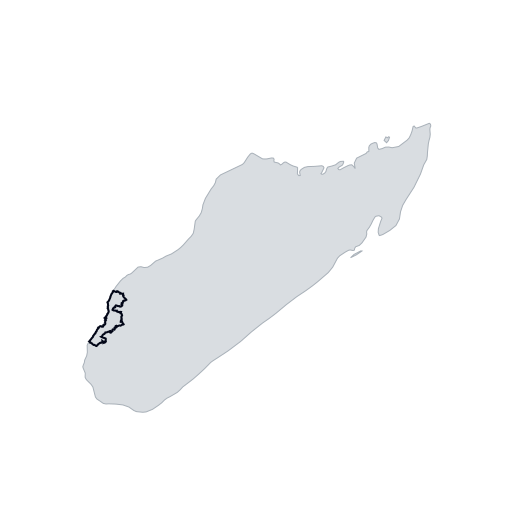 Toliary-II, Atsimo-Andrefana, Madagascar shown in context, rotated 36°
{"feature_id": "10022922B75767771564463", "entity_name": "Toliary-II", "entity_type": "district", "adm_level": 2, "iso_a3": "MDG", "parent_name": "Madagascar", "parent_adm1": "Atsimo-Andrefana", "projection": "natural_earth1", "projection_center": [43.811, -23.281], "detail": "fine", "context": "in_parent", "style": "outline", "palette": "ink", "viewbox_px": 512, "rotation_deg": 36, "n_neighbors": 0, "source": "geoboundaries", "source_scale": "gbopen_adm2", "svg_char_len": 8716}
<svg xmlns="http://www.w3.org/2000/svg" viewBox="0 0 512 512"><g transform="rotate(36 256 256)"><path d="M326.9,57.7L328.1,60.9L329.5,64.0L333.9,71.5L335.8,74.4L337.4,77.5L338.1,83.6L340.9,93.1L343.4,107.5L344.2,122.1L344.9,128.9L346.9,135.2L350.3,141.8L351.3,149.1L349.2,156.7L346.1,163.8L345.3,165.1L343.9,166.9L343.3,166.8L340.9,165.0L339.0,162.0L336.6,154.9L335.7,151.3L334.7,150.8L331.8,151.1L329.7,153.3L329.3,154.7L329.7,158.7L330.4,162.3L330.8,165.9L330.8,170.5L331.6,171.9L332.7,173.1L333.9,176.1L334.0,183.2L333.3,186.8L331.2,189.9L331.3,191.7L332.1,193.4L331.3,194.5L328.6,195.8L327.5,197.0L326.0,200.2L323.6,206.6L323.2,209.9L324.6,219.9L324.2,227.0L321.0,240.6L319.2,247.0L316.7,254.7L312.9,264.9L309.1,277.6L305.8,290.7L303.4,298.6L300.7,306.4L296.9,320.1L293.8,334.1L289.1,349.4L282.6,366.5L281.9,368.7L280.6,377.5L279.1,385.1L277.4,392.6L273.7,405.0L273.3,408.8L272.5,412.5L269.1,420.3L267.6,423.2L266.6,426.3L266.0,430.2L264.9,434.0L262.4,440.9L258.7,446.8L256.2,449.0L250.7,452.2L248.0,452.8L241.9,452.9L235.9,454.7L229.8,458.1L223.8,462.1L221.6,463.9L219.1,465.0L211.2,465.2L208.9,464.4L201.1,457.9L198.1,456.8L192.3,455.9L190.6,455.4L189.0,454.5L186.7,451.1L182.1,448.3L181.0,447.4L180.3,445.4L179.8,443.2L178.6,440.9L177.7,436.3L176.2,433.1L171.9,427.5L171.5,425.7L171.2,419.8L171.3,415.8L170.9,408.4L171.4,404.9L172.8,401.8L172.2,398.4L170.6,394.9L170.0,391.2L168.9,387.8L164.4,381.8L163.3,378.8L162.6,375.8L160.9,366.2L160.7,362.9L161.0,355.8L161.6,352.2L162.7,349.7L162.9,347.8L163.6,346.1L164.7,344.8L165.4,343.3L167.1,334.3L169.2,332.3L172.3,331.1L174.9,328.8L176.3,325.6L177.8,319.1L181.7,312.6L183.2,309.1L186.4,304.0L189.2,296.7L190.1,293.3L190.7,289.8L191.4,282.1L192.0,278.2L191.9,274.5L190.2,270.6L186.4,263.5L186.3,262.2L186.6,256.9L186.2,253.1L184.8,249.3L183.0,245.8L181.2,239.1L180.3,228.1L180.5,224.1L180.0,220.5L178.6,217.2L179.6,211.3L191.2,189.9L191.6,187.4L191.2,180.9L191.4,177.1L191.8,175.7L192.7,174.9L194.7,174.5L204.1,173.6L205.3,172.9L207.7,171.1L210.9,167.6L212.4,166.6L213.7,167.0L214.5,168.5L215.5,169.3L219.3,167.7L220.8,167.7L222.3,167.9L223.0,166.5L223.4,164.5L224.0,163.2L225.0,162.4L229.9,162.0L233.0,161.4L237.1,160.0L237.9,160.3L241.2,165.2L242.2,165.6L243.4,165.8L244.5,164.9L241.9,162.4L241.5,160.9L241.7,159.3L243.1,155.8L245.5,153.1L250.8,149.0L256.2,144.3L257.8,144.0L259.2,144.7L260.2,150.3L260.1,151.2L260.9,151.3L262.0,150.6L262.9,148.4L262.9,146.5L262.2,144.7L261.8,143.2L261.8,141.8L264.6,138.5L266.8,135.4L267.8,131.7L268.7,129.9L271.0,128.0L271.7,128.3L272.2,129.9L272.5,131.5L271.9,133.2L271.1,134.8L270.7,137.0L272.0,137.5L273.3,136.9L275.1,133.0L277.1,129.2L278.3,127.3L279.9,125.9L282.4,126.2L284.9,127.0L280.9,123.1L279.9,117.7L284.8,108.3L284.8,106.3L285.5,105.7L285.8,105.0L283.4,101.8L282.9,100.2L283.2,97.9L284.4,95.8L285.5,94.3L287.1,93.7L288.3,94.5L291.0,97.1L292.8,97.5L294.9,95.0L296.7,91.9L299.4,89.8L302.5,88.4L307.1,83.5L310.2,73.3L310.5,70.3L309.8,66.6L308.8,63.2L307.0,58.9L307.5,57.9L310.0,58.5L310.9,57.9L313.6,54.1L318.2,46.8L319.7,46.8L321.0,48.1L321.5,50.1L322.4,51.6L325.4,55.1L326.9,57.7ZM295.1,86.5L295.1,87.6L291.7,87.2L291.1,83.3L292.8,83.2L293.2,81.6L294.2,81.4L295.3,84.8L295.1,86.5ZM336.5,196.1L333.5,201.8L334.4,197.1L337.8,190.2L338.8,189.7L336.5,196.1Z" fill="#d9dde1" stroke="#a8b0b8" stroke-width="1"/><path d="M172.4,397.2L172.6,397.5L172.6,397.8L172.9,398.4L173.2,398.6L173.5,398.8L173.8,399.2L174.0,399.6L173.9,399.9L174.0,400.3L173.9,400.5L173.7,401.2L173.4,401.9L173.4,401.6L173.2,401.5L173.2,401.1L173.1,401.3L173.1,401.6L173.4,402.0L173.4,402.5L173.6,402.3L173.8,402.8L173.8,403.0L173.6,403.1L173.5,403.3L173.1,403.6L173.0,403.8L172.5,403.8L171.9,403.9L171.2,404.3L171.1,404.5L171.0,405.1L171.0,405.3L170.9,405.6L170.6,406.2L170.8,406.2L171.0,406.5L170.8,406.9L170.9,407.4L170.8,407.6L170.7,407.7L170.7,407.8L170.9,408.2L170.8,408.6L170.8,408.8L170.7,408.6L170.8,409.2L170.8,409.5L171.0,409.9L171.0,410.1L171.3,410.6L171.3,410.8L171.2,411.0L171.0,411.4L171.1,411.6L171.3,412.0L171.6,413.1L171.5,413.5L171.4,413.7L171.2,413.7L171.2,413.8L171.3,414.7L171.2,415.3L171.4,416.0L171.2,416.4L171.5,417.2L171.7,417.7L171.6,417.9L171.4,419.4L171.5,420.0L171.4,420.9L171.3,421.1L171.4,422.0L171.3,422.4L171.4,422.8L171.3,423.1L171.8,423.1L172.5,423.1L172.6,423.4L172.8,423.4L172.9,423.6L173.2,423.5L173.6,423.3L174.7,423.1L175.2,423.4L176.3,423.4L176.6,423.3L176.9,423.4L177.3,423.0L177.4,422.9L177.9,422.9L178.1,422.8L178.6,422.8L179.5,422.8L180.0,422.5L180.0,422.4L179.9,422.0L180.0,421.3L180.2,421.0L180.2,420.8L180.1,420.5L180.2,420.3L180.2,420.0L180.5,419.1L180.7,418.7L180.8,418.3L180.8,418.1L181.2,417.8L181.5,417.5L181.5,417.2L181.8,417.1L182.0,416.6L182.0,416.1L182.3,415.8L181.6,415.0L181.8,415.0L182.7,415.0L182.9,415.2L183.5,415.9L183.6,415.6L183.3,415.3L183.4,414.8L183.6,414.5L184.0,415.6L184.5,415.1L184.7,414.4L184.8,413.9L184.8,413.5L184.7,413.2L184.1,412.8L184.0,412.6L183.7,412.3L183.3,411.4L182.8,411.1L181.4,411.5L180.4,412.0L179.7,412.0L179.0,412.3L178.3,412.4L178.2,412.4L178.5,411.9L178.6,411.4L178.6,411.2L178.4,410.3L178.5,409.3L178.7,408.9L179.0,408.5L179.0,408.1L179.2,407.9L179.2,407.6L179.2,407.4L179.1,407.1L179.1,406.9L178.7,406.8L178.6,406.7L178.4,406.8L178.7,406.6L179.1,406.4L179.4,406.1L180.2,405.5L180.4,405.0L180.8,404.3L181.0,404.1L181.3,404.0L181.5,403.5L181.8,402.7L182.0,402.5L182.2,402.9L182.1,403.3L182.2,403.5L182.3,403.5L182.5,403.3L182.7,403.1L183.1,403.5L183.3,403.6L183.7,403.2L183.6,402.8L183.7,402.3L183.8,402.0L184.0,401.7L184.1,401.2L183.7,401.0L183.5,400.8L183.3,400.2L183.2,399.7L183.4,399.4L183.5,399.3L184.6,398.9L184.8,398.8L184.8,398.6L184.7,398.2L184.4,397.5L184.0,397.4L183.8,397.2L184.8,396.2L184.9,395.9L185.0,395.8L185.0,395.5L185.0,395.4L184.3,396.0L184.1,396.1L183.9,396.0L183.6,395.2L184.1,394.4L185.2,394.4L185.3,394.0L185.8,393.4L185.9,393.1L186.3,392.5L186.8,392.2L187.2,392.1L187.4,392.0L187.6,391.6L187.9,390.4L188.3,390.1L188.6,389.9L188.9,389.5L189.1,389.1L188.8,388.9L187.7,388.7L187.4,388.5L187.2,388.4L186.7,388.1L186.4,387.9L185.7,388.4L184.9,389.1L184.7,389.2L185.4,388.2L185.6,388.1L185.3,387.8L185.1,387.8L184.9,388.1L184.7,387.7L185.2,387.5L185.2,387.2L184.9,386.9L184.9,386.6L184.6,386.5L184.4,386.2L184.1,385.5L183.8,385.3L183.6,385.4L183.4,385.2L183.2,384.6L182.8,384.4L182.8,383.8L182.6,383.5L182.7,383.1L182.6,382.7L182.3,382.5L182.0,382.4L181.6,382.0L181.0,381.7L180.8,381.7L180.4,381.5L180.0,382.0L179.7,381.9L179.7,381.0L179.4,380.9L179.4,380.7L179.2,380.8L177.5,382.4L177.2,382.4L177.1,382.2L176.7,382.2L176.1,382.6L175.8,382.3L175.5,382.0L175.4,382.1L175.2,382.4L175.0,382.7L174.2,382.8L173.2,383.6L172.8,383.7L172.6,383.6L172.1,383.9L171.6,383.9L171.6,383.6L171.4,383.3L171.2,382.5L171.3,381.5L171.3,381.3L171.6,381.1L171.7,380.6L171.9,380.4L172.1,380.5L172.2,380.3L171.9,380.1L171.7,379.9L171.6,379.2L171.6,378.4L171.9,378.2L172.2,378.2L172.4,378.0L172.8,378.0L173.0,377.8L173.5,377.8L173.8,377.5L174.6,377.2L174.9,376.8L175.4,376.7L175.8,376.9L176.4,376.4L176.5,376.1L176.7,375.8L176.9,374.8L176.6,374.7L176.0,374.4L175.6,374.2L175.7,373.9L176.0,373.6L176.1,373.2L175.5,373.1L175.4,373.2L175.3,373.3L175.0,373.1L175.1,372.6L175.4,372.4L175.4,372.1L175.5,371.5L175.5,371.3L175.3,371.1L175.4,370.7L175.0,370.5L175.0,370.3L175.5,369.5L176.0,369.2L176.3,368.9L176.5,368.6L176.4,368.3L176.6,368.1L176.5,367.9L176.7,367.6L176.2,367.4L174.4,367.2L174.1,367.2L172.5,366.8L171.8,366.3L171.9,365.6L171.2,365.5L170.6,364.6L170.1,365.1L169.4,365.5L168.9,365.9L168.3,366.3L167.9,365.5L167.0,365.9L166.4,365.9L165.4,365.8L164.9,365.9L164.5,366.0L164.2,366.3L164.5,366.9L164.3,367.1L163.9,367.4L163.1,367.6L161.9,367.8L161.1,367.9L161.0,368.1L161.2,368.9L161.1,369.0L161.5,369.5L161.4,370.2L161.5,370.5L161.5,371.2L161.5,371.4L161.4,371.5L161.5,371.8L161.5,372.2L161.6,372.5L161.8,373.2L162.0,374.2L162.3,374.6L162.4,374.9L162.3,375.0L162.6,375.6L162.8,376.3L162.9,377.1L163.1,377.6L163.2,378.3L163.1,378.5L163.3,379.4L163.0,380.5L163.0,380.8L163.2,381.0L164.2,381.5L164.8,382.3L165.5,382.9L165.7,383.5L165.8,383.7L165.7,383.9L166.1,384.3L166.2,384.6L166.6,384.8L166.7,385.4L166.8,385.6L167.1,385.6L167.5,385.7L167.6,385.8L167.8,386.0L168.0,386.3L168.8,386.8L169.5,387.5L169.9,388.6L169.9,389.2L169.8,389.4L170.0,390.1L169.8,390.3L169.9,390.5L170.1,391.0L170.1,391.4L170.3,391.8L170.1,392.3L170.1,392.7L170.2,392.9L170.3,393.0L170.4,393.3L170.5,393.3L170.6,393.6L170.6,394.1L170.5,394.3L170.5,394.1L170.4,394.0L170.4,393.9L170.3,393.6L170.3,393.2L170.1,393.6L170.1,394.8L170.0,395.1L170.5,395.1L171.0,394.7L171.3,394.6L171.2,395.0L171.3,395.6L171.5,395.5L171.7,395.8L171.9,395.9L171.9,396.0L172.0,396.0L172.0,396.3L171.9,396.5L172.2,396.5L172.1,396.9L172.2,397.0L172.4,397.2Z" fill="none" stroke="#020617" stroke-width="2"/></g></svg>